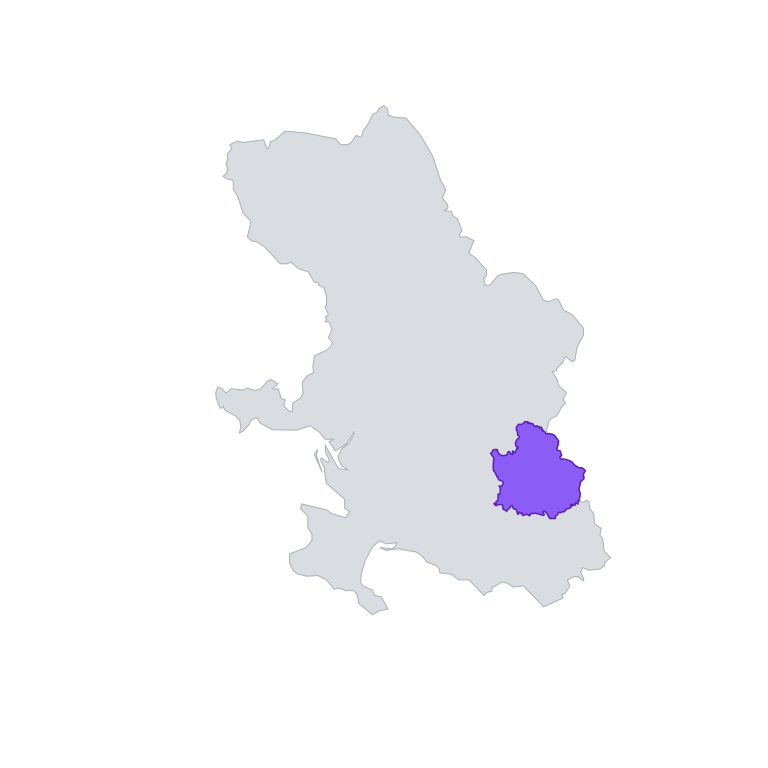 location of Kharkiv within Ukraine, rotated 49°
{"feature_id": "UKR-328", "entity_name": "Kharkiv", "entity_type": "Region", "adm_level": 1, "iso_a3": "UKR", "parent_name": "Ukraine", "parent_adm1": "", "projection": "albers", "projection_center": [36.315, 49.479], "detail": "fine", "context": "in_parent", "style": "filled", "palette": "violet", "viewbox_px": 768, "rotation_deg": 49, "n_neighbors": 0, "source": "natural_earth", "source_scale": "10m", "svg_char_len": 9629}
<svg xmlns="http://www.w3.org/2000/svg" viewBox="0 0 768 768"><g transform="rotate(49 384 384)"><path d="M504.7,513.7L512.4,525.8L518.9,532.1L522.3,532.4L531.6,528.2L537.6,529.6L542.8,525.8L556.4,528.6L552.2,536.3L550.3,544.2L532.7,547.0L526.2,542.4L519.3,542.5L515.4,548.1L508.5,551.9L506.1,556.3L493.6,555.9L485.1,559.7L478.5,568.3L471.3,573.5L465.6,575.0L457.0,572.6L450.3,566.6L456.4,550.0L454.8,541.0L449.5,536.5L442.6,535.9L433.9,528.2L423.5,528.7L420.3,524.9L442.2,509.5L446.8,508.9L459.9,500.8L457.8,493.6L452.3,495.3L445.0,489.4L420.9,492.6L406.8,483.4L400.1,482.0L398.6,479.9L405.6,478.4L406.4,475.4L396.8,472.8L391.9,468.6L418.0,473.9L425.5,467.5L418.0,469.6L410.7,467.6L408.1,465.3L405.2,458.4L405.6,449.0L402.8,440.5L400.4,437.7L404.6,451.6L402.5,464.7L391.5,463.3L392.8,458.0L387.1,464.7L378.4,464.3L367.1,467.0L361.5,480.2L345.6,498.0L331.9,503.2L327.5,501.8L325.4,503.1L324.0,508.8L326.1,511.9L327.1,521.4L326.1,525.2L321.9,519.6L316.7,516.8L310.6,517.0L299.1,521.3L295.4,520.0L295.5,522.7L294.4,523.5L284.3,519.7L280.1,516.6L277.2,511.4L280.7,509.4L287.0,509.2L287.5,502.2L296.3,494.2L297.0,490.2L304.4,485.5L306.9,479.8L305.3,470.7L306.6,466.3L314.4,463.9L314.3,470.8L316.0,470.3L318.0,467.0L327.8,471.1L331.1,469.0L334.9,474.0L342.8,473.4L344.8,471.4L338.5,465.3L339.9,456.6L338.2,451.5L328.8,444.2L327.6,436.3L329.1,429.6L324.3,426.4L317.1,418.0L320.8,404.8L320.8,399.6L318.9,395.5L312.4,395.5L308.5,387.1L301.0,384.9L298.5,387.5L297.6,384.7L294.9,384.5L295.5,381.3L293.9,379.9L287.6,378.3L286.3,375.1L280.0,369.8L271.8,366.0L266.9,368.4L264.9,367.3L261.2,369.8L249.3,367.6L241.4,372.7L231.2,374.0L229.7,378.2L225.3,383.4L202.7,384.1L192.8,386.9L189.3,390.1L183.3,390.5L175.0,379.0L172.1,377.7L162.1,378.1L146.8,371.4L138.6,370.1L131.0,364.1L127.7,367.4L121.6,369.2L121.7,365.2L119.6,361.0L114.0,358.8L112.6,355.1L107.8,351.7L106.1,344.1L102.3,343.4L104.1,335.9L109.8,331.3L120.7,314.6L129.7,317.9L130.2,315.9L126.7,310.9L128.5,305.3L128.1,293.4L130.4,290.6L142.9,278.7L167.0,259.8L175.1,259.5L179.5,254.4L180.3,250.4L178.2,241.9L182.4,239.8L182.3,238.4L179.6,234.7L177.4,225.4L173.0,215.8L174.2,211.9L173.0,205.7L173.8,201.4L179.3,201.1L183.6,204.3L189.3,201.4L197.7,193.0L218.6,193.2L243.5,197.6L267.3,207.6L278.0,209.8L281.6,217.7L290.6,218.5L293.0,220.2L292.8,224.7L298.1,219.8L302.4,221.9L307.7,220.2L319.6,224.5L320.6,228.8L323.0,230.1L327.0,225.4L334.8,222.0L340.9,234.3L347.3,232.4L365.4,231.9L369.5,235.9L369.9,239.5L376.0,242.9L378.9,238.8L376.9,227.1L378.7,222.8L384.5,213.4L391.6,206.8L409.1,205.0L424.9,208.7L429.8,205.9L432.5,198.5L434.7,197.0L445.4,200.1L455.5,196.4L472.6,196.8L477.9,201.4L483.1,214.5L491.2,224.2L490.6,227.2L482.9,228.8L482.7,230.4L485.1,234.8L485.7,243.9L487.0,245.0L485.1,249.0L493.3,250.1L499.9,253.3L510.4,252.0L513.1,258.9L517.7,259.7L517.7,264.2L521.3,274.8L519.8,280.4L520.4,283.8L525.7,292.0L528.2,293.1L534.8,288.8L541.7,290.2L547.4,296.3L553.3,296.3L556.9,299.6L561.2,295.7L581.3,289.8L586.2,295.4L586.9,299.0L590.1,304.0L600.7,312.8L603.8,311.8L604.6,307.7L607.0,306.3L613.0,310.4L619.1,310.7L627.6,316.6L635.4,314.8L639.5,320.1L644.4,320.5L654.6,327.5L663.8,326.8L663.4,333.8L665.7,336.6L665.4,342.2L659.1,351.5L652.9,354.5L655.1,358.8L662.7,361.4L663.2,362.8L656.6,363.8L654.0,367.2L652.4,374.3L658.5,376.3L660.7,384.9L659.4,387.7L663.0,389.2L656.9,409.7L627.8,411.2L622.2,419.5L613.6,422.4L611.0,424.9L608.5,436.3L611.2,438.3L608.7,443.2L609.2,447.2L587.5,448.4L581.0,456.0L571.5,458.1L563.3,465.8L559.9,463.5L555.6,463.6L546.5,468.5L538.2,468.1L531.7,470.1L517.6,481.5L511.0,491.5L504.7,494.4L513.6,486.3L514.0,482.0L512.1,478.6L506.5,486.8L499.3,490.3L499.4,500.0L504.7,513.7ZM410.3,488.7L391.3,482.6L389.8,477.1L393.8,482.1L410.3,488.7Z" fill="#d9dde1" stroke="#a8b0b8" stroke-width="1"/><path d="M581.0,288.8L581.6,289.1L582.1,290.4L582.5,291.9L583.1,293.2L585.7,294.4L586.7,295.4L586.8,297.4L586.4,299.1L586.5,299.6L586.7,299.9L587.8,301.0L590.8,305.5L591.9,306.2L594.4,307.3L595.6,308.0L596.6,308.9L597.6,310.1L598.6,311.8L599.1,312.8L599.2,313.5L599.3,313.8L600.0,313.3L600.2,314.1L600.8,315.3L601.0,315.7L601.8,316.2L601.8,316.3L601.5,316.7L600.7,316.8L600.1,317.0L599.5,317.3L599.4,317.5L599.4,318.0L600.8,319.0L600.0,319.9L599.9,320.2L599.6,320.9L599.4,320.9L598.5,320.8L598.1,321.3L597.6,322.1L597.6,322.3L597.7,322.5L597.8,322.6L598.0,322.6L599.0,322.2L599.3,322.3L599.5,322.6L599.5,322.9L599.5,324.2L599.6,325.4L599.4,325.9L599.0,326.3L598.6,327.4L598.5,327.6L598.0,328.0L597.9,328.2L598.2,329.2L598.5,329.7L598.5,329.9L598.2,330.2L598.2,330.4L598.6,331.5L598.6,331.9L598.3,332.3L597.5,332.9L597.4,333.1L597.3,333.8L597.2,334.6L597.0,335.0L596.8,335.3L596.0,335.6L595.6,336.2L595.5,336.6L595.6,336.8L596.1,337.5L596.3,338.1L596.4,338.4L596.2,340.9L596.3,341.4L596.4,341.8L597.3,342.0L597.5,342.2L597.8,342.6L597.7,343.1L597.2,343.9L596.8,344.4L596.0,345.0L595.3,345.7L595.1,346.5L594.9,346.8L592.9,347.0L588.9,346.0L585.9,346.1L585.6,346.3L584.6,348.0L585.3,348.4L586.5,348.5L587.3,348.5L587.5,348.7L588.0,349.4L588.0,349.5L587.7,350.0L580.7,354.5L580.2,355.3L580.0,356.0L579.9,356.2L579.8,356.4L579.0,356.7L578.9,356.8L578.2,357.9L578.2,358.3L578.6,358.7L578.5,359.5L578.9,360.1L578.9,360.5L578.6,360.8L578.3,360.9L577.4,360.9L576.0,361.9L575.9,362.0L575.5,363.0L574.9,363.3L574.8,363.6L574.7,364.1L574.8,365.0L574.7,365.2L573.8,365.5L573.3,365.5L573.0,365.3L572.4,364.6L571.9,364.6L571.7,364.6L571.5,364.9L571.3,365.2L571.2,365.9L571.1,366.0L570.9,366.1L570.6,366.1L569.9,365.9L569.7,365.9L569.5,366.1L569.2,366.7L569.1,367.0L569.1,367.3L569.3,367.4L570.0,367.7L570.2,367.9L570.2,368.3L569.9,368.5L569.6,368.5L569.1,368.2L566.1,366.7L565.7,366.6L565.2,366.7L564.8,366.9L563.7,367.9L563.5,368.0L562.0,367.9L561.6,367.8L560.7,367.3L560.3,367.2L559.8,367.2L559.5,367.5L559.4,367.7L559.4,368.1L560.1,370.7L560.1,372.0L560.0,373.3L560.1,373.8L560.6,374.9L558.8,375.2L558.2,375.6L557.9,375.9L557.6,376.0L556.5,376.1L555.9,376.0L555.4,375.4L554.9,374.9L553.5,374.2L553.0,374.0L552.6,374.0L552.1,374.4L549.8,377.1L549.2,378.2L549.3,378.3L549.6,378.6L549.7,378.8L549.6,379.0L548.8,379.5L548.5,379.5L548.2,379.2L547.8,379.0L547.7,379.0L547.0,379.7L546.8,379.7L546.4,379.3L546.3,379.2L547.4,377.6L547.3,377.4L546.2,376.3L546.2,376.0L546.8,374.9L546.8,374.6L546.3,374.0L544.0,372.1L543.3,371.3L542.0,370.3L542.0,370.0L542.1,369.7L542.8,369.1L543.1,368.7L542.9,368.2L541.9,367.5L541.7,367.0L541.5,366.8L540.3,366.0L540.2,365.8L540.2,365.6L540.1,365.3L539.0,364.9L538.0,364.1L536.8,364.1L536.6,364.1L536.6,363.9L537.0,363.5L537.9,362.9L538.4,362.2L538.5,361.9L537.6,360.7L537.6,360.2L537.5,359.8L537.2,359.4L536.4,358.6L536.0,358.4L535.7,358.3L535.3,358.5L533.8,359.0L532.6,359.8L532.2,359.9L531.4,360.3L531.1,360.2L530.1,359.7L528.8,359.3L528.6,359.3L528.1,359.6L527.8,359.6L527.3,359.2L526.9,359.0L525.9,359.0L525.6,358.9L524.9,358.3L524.7,358.2L524.1,358.4L522.5,358.1L521.7,358.3L521.1,358.2L520.9,358.1L519.8,357.0L517.9,355.9L516.8,354.6L516.0,354.0L515.6,353.3L513.5,351.6L513.4,351.5L513.3,351.0L512.9,350.6L512.0,349.9L511.4,349.6L510.0,349.4L509.1,349.5L508.8,349.5L508.1,349.1L507.3,349.2L506.3,349.0L506.4,348.7L506.5,348.4L506.3,347.3L506.0,346.5L505.4,345.4L505.4,345.0L505.5,344.3L506.0,343.5L507.7,341.7L507.9,341.6L508.4,341.7L508.8,342.2L509.2,342.5L509.7,342.7L512.7,343.0L513.4,342.9L515.1,342.1L515.6,341.7L516.5,340.7L517.3,339.4L518.1,338.3L518.1,337.9L517.8,337.4L517.8,337.2L517.9,336.7L517.2,336.3L516.8,335.3L516.7,335.0L516.7,334.7L516.9,334.1L517.1,333.9L518.1,333.6L520.2,334.1L520.6,333.6L521.4,333.5L521.5,333.2L521.4,332.9L521.1,332.6L520.4,332.2L519.9,331.6L519.3,331.3L519.2,331.1L519.1,330.8L519.4,330.6L520.8,330.6L521.5,330.5L521.8,330.4L521.7,330.0L521.4,329.3L520.1,326.7L519.9,326.1L519.9,325.8L520.4,325.4L520.3,324.6L520.2,324.5L519.9,324.3L518.9,324.3L518.7,324.4L518.5,325.0L518.3,325.2L517.7,325.1L516.0,324.6L515.9,324.4L515.8,324.0L515.7,323.8L514.9,323.7L514.6,323.4L514.4,322.3L514.3,322.1L513.6,321.6L513.4,321.1L513.2,320.1L513.1,319.4L513.3,318.0L513.2,317.3L512.9,316.9L512.4,316.4L511.9,316.2L511.6,316.3L511.0,316.6L510.5,316.6L508.6,315.6L508.1,314.8L507.6,314.5L506.4,314.5L505.8,314.4L505.4,314.1L505.0,313.6L504.1,313.3L503.3,311.9L503.1,310.6L502.6,309.2L503.3,308.1L504.9,306.6L505.0,305.5L505.0,302.9L504.8,302.3L506.1,301.5L506.3,301.3L506.7,300.2L507.0,300.1L507.4,300.6L507.8,300.9L508.4,301.2L508.5,301.1L508.7,300.8L508.7,300.6L508.7,300.3L508.7,300.1L508.8,299.8L509.2,299.3L509.5,299.1L510.1,299.4L510.3,299.4L510.5,299.4L511.0,298.3L511.3,297.9L511.6,297.7L511.8,297.7L512.6,297.8L513.3,298.2L513.9,298.3L515.3,298.0L515.4,297.9L515.4,297.6L515.3,297.0L515.3,296.8L515.6,296.3L515.9,296.1L516.8,296.4L517.1,296.2L517.0,295.8L517.0,295.6L517.1,295.4L517.5,295.0L517.7,294.9L518.1,295.0L519.0,295.5L519.4,295.5L519.6,295.2L519.6,294.0L519.7,293.7L520.0,293.6L520.3,293.6L520.7,293.8L522.7,295.1L523.0,295.2L522.8,294.5L522.8,294.3L522.9,294.2L523.9,294.4L524.8,294.3L525.3,294.1L525.8,294.0L526.8,294.3L527.4,294.4L528.1,294.3L528.3,294.2L528.5,294.0L528.7,293.6L528.8,293.2L529.3,292.6L529.7,292.0L530.2,291.4L531.3,291.1L532.2,289.9L532.6,289.6L533.2,289.4L536.1,289.1L541.3,289.6L542.2,290.0L542.4,290.9L543.3,291.3L546.3,296.2L547.0,296.6L547.7,296.5L548.4,296.2L549.9,295.0L550.3,295.0L550.6,295.1L551.2,295.5L551.9,295.6L552.7,296.2L553.7,296.4L554.4,296.9L554.5,297.0L554.4,297.2L554.3,298.7L554.4,299.1L554.8,299.5L555.5,299.7L556.2,299.9L556.9,299.8L557.4,299.4L557.7,299.0L558.2,298.0L558.5,297.5L558.9,297.2L563.9,294.1L565.9,293.4L567.9,293.2L570.0,293.5L574.4,292.2L575.3,291.5L577.1,289.7L578.0,289.3L581.0,288.8Z" fill="#8b5cf6" stroke="#5b21b6" stroke-width="1.5"/></g></svg>